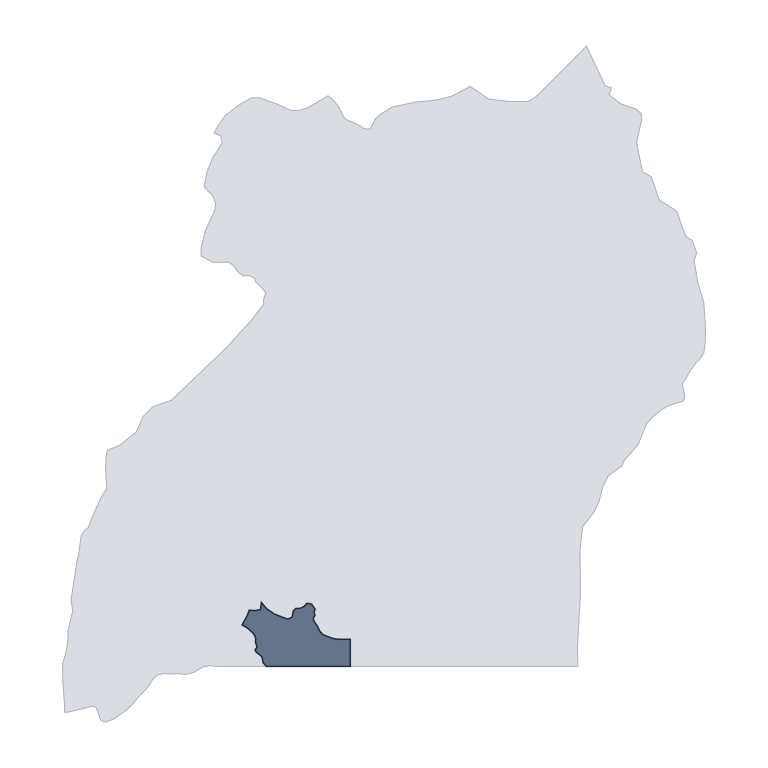 where Rakai sits in Uganda
{"feature_id": "UGA-3361", "entity_name": "Rakai", "entity_type": "District", "adm_level": 1, "iso_a3": "UGA", "parent_name": "Uganda", "parent_adm1": "", "projection": "mercator", "projection_center": [31.493, -0.733], "detail": "fine", "context": "in_parent", "style": "filled", "palette": "slate", "viewbox_px": 768, "rotation_deg": 0, "n_neighbors": 0, "source": "natural_earth", "source_scale": "10m", "svg_char_len": 2944}
<svg xmlns="http://www.w3.org/2000/svg" viewBox="0 0 768 768"><path d="M577.8,666.4L564.9,666.4L543.8,666.4L522.7,666.4L501.6,666.4L480.5,666.4L459.4,666.4L438.3,666.4L417.2,666.4L396.1,666.4L375.0,666.4L353.9,666.4L332.8,666.4L311.7,666.4L290.6,666.4L269.5,666.4L248.4,666.4L227.3,666.4L214.8,666.4L212.3,666.0L210.6,665.5L202.6,667.0L194.4,672.2L185.6,674.4L176.3,673.6L175.1,674.1L170.3,674.0L163.5,673.6L157.3,675.0L152.6,679.6L147.8,687.4L139.1,696.3L132.4,704.3L126.6,709.9L113.4,719.2L106.3,721.9L102.7,721.5L100.5,719.8L96.4,707.9L93.8,706.0L68.2,712.1L64.4,712.2L64.7,708.5L62.8,680.5L62.6,663.4L65.9,652.7L67.9,640.4L68.1,629.5L72.8,611.0L71.0,599.9L77.1,560.9L78.7,554.6L81.1,535.8L84.9,530.0L88.2,527.7L92.6,516.1L101.0,497.7L106.8,488.2L105.5,467.4L106.5,453.3L107.8,450.2L120.2,444.9L136.3,431.9L143.1,416.5L152.7,406.7L171.3,400.4L226.4,347.7L252.1,319.3L263.3,304.7L263.6,299.5L265.8,292.6L261.3,287.3L256.0,282.4L254.2,277.9L249.6,275.7L243.0,275.8L238.6,272.5L233.7,266.1L228.7,262.1L213.1,262.4L201.0,255.9L201.2,247.0L205.9,229.5L215.1,209.4L215.5,203.8L214.3,199.1L212.1,195.1L207.9,191.0L204.1,186.2L207.1,171.8L212.8,157.6L217.5,150.5L222.2,142.6L220.8,136.1L214.1,132.9L217.6,126.5L224.9,115.8L239.0,105.0L251.3,97.8L259.6,97.8L275.7,103.5L290.2,110.3L298.2,110.6L307.9,107.8L328.0,95.8L332.8,99.6L338.7,106.9L345.0,119.0L357.7,124.5L363.7,128.3L368.1,129.4L370.5,128.4L375.3,118.9L381.1,113.8L391.8,107.2L415.4,102.0L432.3,100.5L439.4,99.3L451.4,96.3L470.3,86.5L488.9,99.1L509.1,101.5L528.7,101.4L534.7,97.6L538.1,94.7L558.7,74.0L586.5,46.1L605.0,85.5L611.4,87.8L610.5,91.2L608.9,94.5L621.0,104.0L636.0,109.0L641.3,113.8L641.8,119.1L636.7,142.1L637.7,148.7L642.5,171.8L651.4,176.9L659.3,200.1L675.2,210.0L677.5,212.8L681.1,224.1L686.0,236.4L689.8,239.2L692.1,240.0L696.8,253.0L694.1,260.4L697.8,282.7L703.8,302.6L705.4,326.4L705.4,336.9L705.2,343.3L703.9,352.4L701.0,357.6L696.0,362.7L690.3,370.7L685.4,379.3L682.3,383.5L684.7,396.3L684.1,399.7L682.8,401.3L675.6,403.3L666.4,406.7L660.8,410.2L652.9,416.7L646.5,423.7L638.1,444.5L624.1,460.6L621.7,466.0L608.4,475.6L602.6,487.5L598.9,502.0L593.7,512.5L582.6,526.8L580.0,549.5L580.4,594.7L577.5,646.1L577.8,666.4Z" fill="#d9dde1" stroke="#a8b0b8" stroke-width="1"/><path d="M350.3,666.4L329.2,666.4L307.5,666.4L285.7,666.4L266.5,666.4L265.3,665.1L263.1,662.7L262.6,659.7L261.7,656.7L259.2,654.3L256.5,652.5L255.0,649.9L257.1,647.2L255.4,641.9L255.8,638.9L254.7,635.6L252.6,632.7L247.8,628.3L242.1,624.9L247.2,615.6L249.3,610.2L255.3,610.6L260.4,609.6L261.4,602.5L266.5,608.6L274.2,614.0L282.2,617.1L287.8,619.1L292.2,617.1L293.2,611.0L295.8,608.5L300.3,608.3L304.3,606.3L307.0,603.2L311.6,604.1L315.1,609.2L314.1,612.3L315.0,615.4L314.5,616.3L313.7,617.0L313.5,620.1L315.2,623.1L317.2,625.5L319.7,631.0L322.5,634.3L325.0,635.5L329.4,637.1L331.6,638.0L335.3,639.0L339.7,639.3L350.3,639.3L350.3,666.4L350.3,666.4Z" fill="#64748b" stroke="#1e293b" stroke-width="1.5"/></svg>